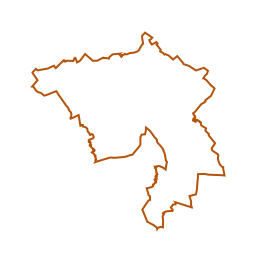 Tērvetes pag., Tervetes, Latvia (orthographic projection), rotated 277°
{"feature_id": "27541924B26561514973338", "entity_name": "Tērvetes pag.", "entity_type": "district", "adm_level": 2, "iso_a3": "LVA", "parent_name": "Latvia", "parent_adm1": "Tervetes", "projection": "orthographic", "projection_center": [23.319, 56.485], "detail": "fine", "context": "isolated", "style": "outline", "palette": "amber", "viewbox_px": 256, "rotation_deg": 277, "n_neighbors": 0, "source": "geoboundaries", "source_scale": "gbopen_adm2", "svg_char_len": 5670}
<svg xmlns="http://www.w3.org/2000/svg" viewBox="0 0 256 256"><g transform="rotate(277 128 128)"><path d="M31.3,169.3L32.5,169.8L33.8,172.4L33.8,173.7L33.6,174.7L40.1,174.2L44.3,173.1L47.0,174.1L47.3,173.4L47.5,173.6L47.5,173.9L47.6,174.0L47.9,173.4L48.2,173.4L49.5,175.3L50.3,177.8L51.2,182.3L51.9,182.4L52.5,182.2L53.7,180.8L54.4,180.2L54.6,180.2L55.9,181.2L57.5,181.9L58.0,184.5L58.5,184.4L59.2,184.6L60.1,183.9L59.7,186.4L58.6,192.2L57.0,200.7L56.9,200.8L56.9,201.0L59.2,200.0L62.8,199.6L68.0,197.3L69.4,201.1L70.5,203.5L74.8,203.9L84.0,203.5L86.1,203.5L90.7,203.1L91.3,206.7L91.7,209.9L91.5,213.7L92.6,227.1L92.6,229.6L99.7,227.3L100.8,227.3L100.9,226.1L103.0,223.6L105.9,222.0L108.5,220.9L111.9,221.0L112.8,220.5L115.9,214.5L117.4,213.7L118.2,213.7L119.0,214.0L123.3,216.3L123.7,216.2L124.8,214.9L125.4,214.4L125.7,213.9L126.4,213.3L130.3,209.2L130.9,208.9L131.9,209.0L133.8,206.3L135.0,205.1L136.9,205.6L137.2,205.5L138.8,201.7L139.6,200.4L140.7,199.8L142.4,199.7L142.5,199.2L142.8,198.8L142.7,198.3L143.0,198.1L143.4,198.1L143.5,197.7L143.7,197.2L144.0,196.9L143.9,196.6L144.1,196.5L144.5,195.6L144.3,195.2L143.9,195.3L143.8,195.1L143.0,194.7L143.4,194.5L143.6,194.1L142.8,194.0L142.6,193.7L142.7,193.4L143.0,193.2L143.5,193.3L143.6,193.6L143.9,192.6L143.1,192.0L143.1,191.8L143.3,191.6L144.1,191.6L144.3,192.0L144.6,192.0L144.8,192.3L144.9,191.8L145.3,191.8L145.6,192.1L145.4,192.6L145.3,192.8L145.5,192.6L145.2,193.2L146.3,193.5L147.0,193.4L147.4,192.9L147.6,192.9L147.6,193.2L148.1,193.0L148.9,192.0L148.9,191.8L149.1,191.6L149.9,191.4L150.1,191.2L150.3,190.8L150.6,190.9L150.8,191.3L152.5,192.7L160.6,197.8L162.7,200.6L163.8,201.7L165.0,201.4L170.1,206.5L177.8,209.1L178.6,208.2L180.7,204.6L181.1,204.5L182.8,202.5L185.0,200.1L186.2,197.8L186.4,197.2L186.4,196.8L189.4,198.1L189.8,198.4L190.6,199.2L191.5,199.8L194.5,200.4L197.0,196.0L193.4,188.4L197.0,181.1L198.2,175.4L199.8,174.2L205.3,168.1L201.5,164.4L201.6,164.2L204.8,159.7L205.9,156.2L205.3,155.3L206.8,153.6L207.9,150.6L209.5,151.0L213.1,147.4L214.1,146.2L215.4,147.1L216.8,145.6L213.7,141.6L214.8,140.4L217.8,138.4L219.0,139.9L220.6,141.1L224.7,133.3L221.2,130.7L218.3,131.3L213.5,132.7L212.0,131.5L206.5,129.3L205.2,128.1L203.8,125.5L203.4,124.2L202.6,120.6L201.4,118.7L201.0,117.9L200.8,117.3L200.9,116.7L201.3,115.7L200.2,115.0L199.7,113.9L199.7,113.1L198.6,113.3L197.8,112.7L200.3,110.2L200.8,110.7L200.6,109.9L199.5,104.9L199.2,104.0L198.7,103.3L196.6,101.3L195.6,100.7L194.6,100.6L194.7,98.4L194.7,96.3L194.3,95.6L194.8,94.7L191.1,89.4L190.4,85.0L196.2,76.4L189.3,72.4L188.5,71.8L186.9,69.4L190.6,67.6L191.2,66.9L190.4,66.2L187.9,65.6L187.3,58.9L186.8,58.6L186.5,57.7L186.2,57.4L186.2,57.1L186.2,56.9L186.4,56.9L186.7,57.3L187.1,57.1L187.4,56.7L187.3,55.8L178.6,49.0L179.1,48.3L180.8,47.0L179.4,44.4L177.3,41.4L174.8,33.1L174.4,32.2L174.2,31.2L175.5,29.4L171.5,26.4L170.4,27.1L164.4,32.4L157.4,27.8L157.3,29.1L157.1,29.5L153.7,32.3L152.5,34.9L152.4,35.2L152.3,37.0L149.9,41.0L151.7,44.8L153.9,48.6L155.8,52.4L152.6,55.0L146.5,60.5L142.8,63.8L140.8,66.0L139.7,66.9L138.6,67.2L137.9,67.8L136.5,69.5L134.4,70.2L132.6,70.2L131.2,69.6L130.3,69.9L131.2,71.7L134.8,77.4L132.0,78.3L126.9,79.7L126.9,79.8L124.4,80.5L124.7,81.3L125.5,81.6L125.5,82.8L124.5,82.8L123.9,83.2L123.8,83.3L123.9,84.7L123.8,85.2L123.4,86.1L122.6,87.4L121.8,87.9L120.6,88.1L120.0,88.3L119.1,89.0L118.5,90.1L116.6,90.9L116.5,91.4L116.7,91.7L117.3,92.3L117.5,92.7L117.5,93.2L116.8,94.1L115.0,95.1L113.7,94.7L113.4,94.4L113.2,93.7L112.6,93.2L112.1,91.8L111.8,91.2L111.1,90.5L110.4,90.7L109.4,90.7L109.2,91.0L109.2,91.3L109.8,91.7L109.9,91.9L109.9,92.1L109.1,92.6L108.7,92.7L106.9,92.1L105.8,92.2L105.7,92.3L105.8,92.5L106.2,92.7L106.5,93.1L106.5,93.5L105.8,93.5L105.1,93.3L104.0,94.5L103.6,95.2L103.2,95.6L103.1,95.9L103.2,96.1L103.2,96.4L103.0,96.5L102.8,96.3L102.7,95.9L102.3,95.8L102.1,96.0L102.3,96.7L102.1,97.1L102.1,97.4L101.9,97.6L101.0,97.4L100.5,96.3L100.2,95.8L99.3,95.0L99.1,95.2L99.1,95.4L99.4,95.8L99.4,96.2L98.0,97.5L97.4,97.7L97.1,98.0L96.9,98.3L96.9,99.0L95.9,99.2L95.8,98.9L95.5,98.8L95.2,99.0L95.1,99.3L93.8,99.7L93.3,100.1L93.1,100.2L92.7,100.0L92.4,99.5L91.8,99.6L91.4,100.2L90.2,99.7L91.0,101.4L96.4,113.6L96.7,115.3L96.7,117.7L97.0,119.4L98.8,127.8L99.4,129.7L100.6,131.8L101.2,133.2L101.9,135.5L109.8,140.7L112.9,142.3L119.8,141.5L120.7,141.5L123.2,142.5L123.8,145.7L127.7,146.0L130.6,145.9L127.8,150.2L126.5,151.5L122.2,155.4L120.1,157.9L119.6,158.1L117.3,158.8L114.1,162.6L112.0,164.7L111.3,165.3L110.2,166.0L110.0,165.8L107.0,167.6L100.5,169.6L100.0,169.9L99.1,170.8L95.3,170.5L91.5,170.4L92.4,169.4L92.2,168.3L93.1,167.4L93.3,166.9L93.4,165.8L93.9,164.5L93.9,164.0L94.1,163.5L93.0,159.7L92.7,160.1L92.6,159.6L92.2,159.6L92.2,159.9L91.6,159.9L91.6,160.0L91.8,160.2L91.7,160.3L91.3,160.4L90.9,160.7L90.4,160.7L89.7,161.0L88.5,161.3L88.1,161.6L87.2,161.5L87.1,161.8L86.6,162.0L86.5,162.3L86.0,162.3L85.4,162.7L85.0,162.1L84.5,162.4L84.3,162.3L83.4,162.5L83.3,162.3L83.5,162.0L83.9,161.8L84.0,161.5L83.9,161.4L83.6,161.6L83.6,161.3L83.3,161.2L83.2,161.3L83.3,161.5L83.2,161.5L82.8,161.4L82.6,161.4L82.8,161.7L82.7,161.8L81.4,162.6L81.0,162.0L81.0,162.3L80.4,162.5L80.3,162.2L80.4,161.8L80.6,161.7L80.5,161.2L80.2,160.9L79.9,161.0L79.8,161.4L79.7,161.5L79.5,161.2L79.1,161.2L79.0,161.5L79.4,161.9L79.3,162.1L78.5,162.4L78.4,162.4L78.1,162.0L77.8,162.3L77.4,162.5L77.1,162.1L76.6,161.2L76.2,161.1L76.1,160.9L75.4,160.7L75.3,160.4L75.2,160.1L75.0,159.7L74.3,159.7L73.5,160.1L73.2,159.9L72.1,158.3L71.3,156.5L70.5,153.9L64.4,156.5L63.9,156.5L63.3,157.7L62.5,158.2L59.3,158.7L58.5,157.1L48.8,152.2L37.3,158.6L34.4,166.0L33.8,166.8L32.6,168.9L31.3,169.3Z" fill="none" stroke="#b45309" stroke-width="2"/></g></svg>